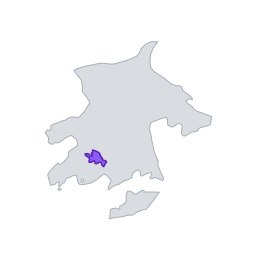 Goygol District, Xanlar, Azerbaijan shown in context, rotated 293°
{"feature_id": "54616110B13615645655589", "entity_name": "Goygol District", "entity_type": "district", "adm_level": 2, "iso_a3": "AZE", "parent_name": "Azerbaijan", "parent_adm1": "Xanlar", "projection": "equal_earth", "projection_center": [46.326, 40.553], "detail": "fine", "context": "in_parent", "style": "filled", "palette": "violet", "viewbox_px": 256, "rotation_deg": 293, "n_neighbors": 0, "source": "geoboundaries", "source_scale": "gbopen_adm2", "svg_char_len": 4571}
<svg xmlns="http://www.w3.org/2000/svg" viewBox="0 0 256 256"><g transform="rotate(293 128 128)"><path d="M171.2,200.8L170.3,200.7L163.6,202.4L162.2,201.8L156.4,194.3L155.2,193.4L152.7,193.1L151.2,191.9L150.0,189.8L149.3,188.3L143.4,184.2L142.5,182.7L142.4,181.4L143.2,180.3L144.2,179.3L147.1,178.2L150.5,177.4L151.5,176.7L152.1,175.6L152.0,173.9L151.5,172.2L146.6,169.1L146.0,167.7L145.9,166.1L146.1,164.4L146.9,163.0L150.8,161.2L152.9,159.3L151.6,157.2L147.3,152.4L142.2,147.1L138.8,147.1L134.9,148.6L128.8,153.1L125.3,155.1L120.9,158.3L116.0,161.8L112.0,165.6L109.5,168.7L105.1,170.1L102.8,172.7L95.3,180.6L93.2,180.5L93.1,176.6L93.2,173.5L92.7,171.7L90.3,169.3L90.3,168.2L90.9,167.5L92.8,167.9L95.2,167.8L96.3,166.8L93.8,163.6L91.5,161.5L89.6,160.0L89.1,159.2L89.1,158.6L89.6,157.8L92.8,156.1L93.1,154.4L92.9,152.6L87.7,150.0L83.8,151.0L80.3,148.0L78.1,145.6L75.3,143.2L72.8,141.8L70.4,138.7L66.3,135.5L63.6,134.6L63.7,134.1L64.2,133.5L65.3,133.0L72.7,133.1L73.6,132.6L74.0,131.2L75.1,129.2L76.2,126.2L76.2,123.7L68.7,119.6L63.4,115.9L59.7,111.0L57.2,106.5L57.3,105.0L58.0,103.6L63.8,99.4L64.1,98.4L64.0,97.6L62.0,95.5L59.4,93.4L58.6,91.8L57.0,90.9L53.9,90.9L48.5,88.2L47.4,88.0L47.1,87.4L47.4,86.9L51.3,85.8L51.2,84.9L50.1,83.8L47.9,82.9L45.9,80.8L45.2,78.9L52.2,73.3L54.3,72.2L58.8,73.2L68.2,76.9L67.6,78.9L68.5,80.1L70.7,81.7L74.9,83.3L78.4,84.1L80.2,83.4L82.9,82.8L86.4,84.6L89.6,87.0L91.3,87.9L92.1,88.2L94.6,87.4L97.5,84.4L98.7,80.8L99.0,79.0L97.3,76.6L93.8,74.0L89.8,71.7L87.2,69.7L85.6,65.8L83.9,65.3L83.5,64.8L83.2,63.4L83.3,61.6L83.9,60.1L85.5,59.5L87.1,59.2L88.6,57.9L90.4,55.1L91.2,53.6L94.7,54.5L95.1,56.9L95.7,57.4L97.2,57.2L99.6,56.1L101.5,56.9L103.9,59.8L107.3,62.9L109.1,64.9L109.9,66.4L111.6,67.8L114.1,69.4L116.2,71.9L118.0,77.8L119.8,79.2L126.4,81.5L128.6,81.9L135.1,82.7L137.3,82.2L140.6,77.1L143.5,71.8L146.3,70.7L151.3,68.2L154.2,65.8L155.5,63.2L158.2,58.3L160.0,55.6L162.9,58.0L168.1,64.6L175.6,75.4L177.4,78.4L178.6,82.0L179.7,86.2L181.4,90.0L189.0,99.6L192.3,103.2L197.6,107.8L199.5,108.8L201.9,109.1L206.4,109.1L210.6,110.9L212.7,112.1L214.8,114.0L216.8,116.1L218.8,121.7L211.5,119.9L204.3,120.1L200.2,121.4L196.2,123.0L192.4,125.4L190.1,129.9L188.3,140.5L185.5,150.4L185.6,154.9L187.0,159.4L186.9,161.4L185.5,162.3L183.8,164.2L181.7,173.3L180.6,175.2L179.2,176.3L178.8,175.2L178.8,172.8L175.6,170.7L173.9,173.1L172.8,178.1L170.5,183.4L170.4,184.4L171.2,200.8ZM62.8,107.4L63.2,106.0L62.3,105.4L61.3,105.3L60.5,106.0L60.5,107.8L61.6,108.1L62.8,107.4ZM38.8,148.6L37.7,147.1L37.2,146.3L40.4,145.6L45.8,143.7L47.2,144.6L48.8,146.6L49.6,148.3L49.7,151.5L50.3,152.0L52.9,150.9L54.1,152.2L56.1,153.7L59.6,155.2L64.6,152.9L67.1,152.3L69.1,152.3L70.2,153.0L70.6,155.5L70.2,158.5L69.6,160.2L70.7,161.4L74.8,164.3L76.5,166.0L75.7,168.8L78.7,175.7L79.7,178.4L81.0,181.7L74.7,180.4L63.3,177.6L60.2,176.2L57.3,172.3L55.5,170.5L53.0,168.1L50.8,167.2L49.2,165.5L48.3,163.1L47.0,160.9L44.7,158.3L39.5,149.5L38.8,148.6ZM45.9,90.0L45.2,90.5L44.1,90.0L43.8,88.9L43.9,87.8L44.9,87.5L45.8,87.9L46.0,88.9L45.9,90.0Z" fill="#d9dde1" stroke="#a8b0b8" stroke-width="1"/><path d="M88.7,102.7L88.6,102.1L88.5,101.6L88.5,101.3L88.5,101.0L88.4,101.0L88.3,100.1L88.1,99.7L87.9,99.3L87.7,99.0L87.3,98.7L87.2,98.7L87.0,98.9L86.4,99.4L86.1,99.9L86.0,100.7L85.8,101.5L85.6,102.4L85.6,102.6L85.7,103.1L85.6,103.5L85.2,103.9L84.8,104.4L84.5,104.7L84.0,104.9L83.5,104.9L82.9,105.0L82.3,105.0L81.8,105.2L81.5,105.6L81.3,106.1L81.6,106.5L81.9,107.0L82.1,107.5L83.5,108.6L84.1,108.8L84.6,109.3L84.6,109.6L84.0,110.4L83.2,111.1L82.7,111.7L82.5,112.5L83.4,113.3L83.7,113.9L84.9,114.7L85.5,115.1L85.8,115.5L85.8,116.0L85.8,116.5L85.7,117.0L85.2,117.3L84.8,117.7L84.3,118.2L83.6,118.6L83.4,119.1L83.1,120.1L83.0,120.7L83.4,120.7L84.1,120.9L84.5,120.9L85.2,120.9L85.8,120.9L86.5,120.9L86.7,121.0L86.9,121.1L87.4,121.3L87.5,121.3L88.3,121.5L88.5,121.3L88.6,121.0L88.9,120.7L89.0,120.6L89.0,120.2L88.9,119.5L88.8,118.7L88.8,118.1L88.8,117.6L88.9,117.0L89.2,116.8L89.8,116.3L90.1,116.1L90.4,115.9L90.5,115.4L90.5,114.9L90.9,114.6L91.1,114.3L91.4,114.0L91.8,113.6L92.2,113.2L92.3,112.7L92.7,112.6L92.9,112.3L93.2,112.1L93.3,111.8L93.6,111.5L93.6,111.4L93.9,110.5L94.0,109.8L94.1,109.0L94.2,108.0L94.2,107.0L94.2,106.1L94.2,105.8L94.1,105.0L94.0,104.5L93.7,104.1L93.5,104.4L93.2,104.4L92.7,104.5L92.4,104.9L92.0,105.0L91.3,104.8L91.0,104.4L90.6,104.3L90.0,104.3L89.9,104.6L89.5,105.1L89.3,105.2L89.2,105.6L89.0,105.9L88.7,105.8L88.2,105.7L88.0,105.4L87.6,105.1L87.5,104.7L87.5,104.1L87.8,103.8L88.1,103.3L88.3,103.0L88.7,102.7Z" fill="#8b5cf6" stroke="#5b21b6" stroke-width="1.5"/></g></svg>